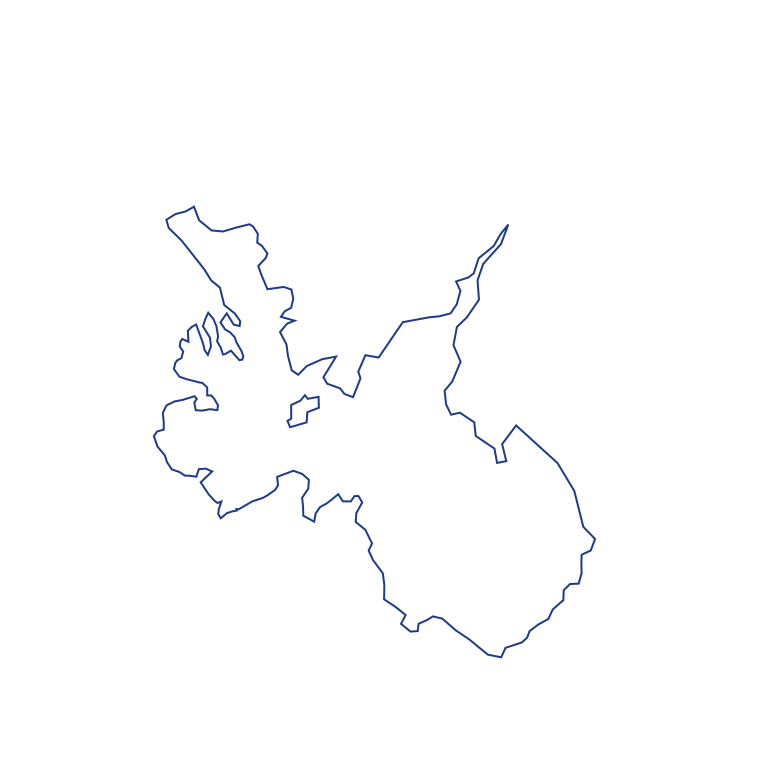 outline of Kattakurgan, Samarkand, Uzbekistan, rotated 123°
{"feature_id": "79887680B42303592957509", "entity_name": "Kattakurgan", "entity_type": "district", "adm_level": 2, "iso_a3": "UZB", "parent_name": "Uzbekistan", "parent_adm1": "Samarkand", "projection": "orthographic", "projection_center": [66.271, 39.924], "detail": "fine", "context": "isolated", "style": "outline", "palette": "blue", "viewbox_px": 768, "rotation_deg": 123, "n_neighbors": 0, "source": "geoboundaries", "source_scale": "gbopen_adm2", "svg_char_len": 3251}
<svg xmlns="http://www.w3.org/2000/svg" viewBox="0 0 768 768"><g transform="rotate(123 384 384)"><path d="M571.2,515.5L569.2,507.7L569.3,501.0L567.1,497.6L564.0,490.9L556.3,492.9L552.0,487.3L551.0,480.5L566.3,484.2L572.0,471.0L574.3,462.1L574.4,458.7L571.1,456.4L578.8,454.4L583.3,452.2L585.5,447.8L577.9,445.4L573.6,442.0L570.3,438.6L569.2,439.7L568.2,437.6L554.0,430.4L545.4,423.5L541.0,421.2L532.3,417.7L526.8,417.6L520.1,423.0L516.9,420.7L506.1,412.7L504.0,403.7L505.3,394.8L513.0,390.5L524.0,390.7L530.7,385.3L538.4,379.9L537.5,367.6L529.8,370.8L522.1,370.6L515.6,367.1L509.1,364.8L501.4,362.4L504.8,354.6L500.6,347.9L494.0,347.7L491.9,344.3L495.3,337.7L507.3,336.9L515.1,332.6L516.4,320.3L524.3,307.1L532.0,306.2L537.6,297.4L543.4,281.9L552.3,274.3L564.5,266.7L564.7,252.3L566.0,240.0L575.9,239.1L577.2,226.9L572.9,221.2L566.3,224.4L558.5,219.4L552.2,216.3L549.0,207.3L550.2,199.0L551.5,189.5L551.8,172.8L553.1,161.7L554.4,149.4L549.4,136.9L539.1,138.4L525.6,127.6L518.8,125.8L511.9,127.3L501.7,123.6L491.5,118.2L481.2,119.7L467.6,115.9L459.0,121.0L450.4,119.0L445.4,112.0L435.1,115.2L426.6,121.0L419.5,125.3L411.0,119.9L399.0,122.6L395.2,139.1L370.1,166.1L355.8,195.4L346.8,250.6L370.1,252.2L382.1,239.4L388.6,246.2L378.0,256.2L377.6,278.8L367.0,287.4L366.7,304.6L373.2,311.1L367.2,320.9L356.6,329.5L344.8,328.1L323.6,331.9L313.6,346.9L296.5,353.9L283.0,350.8L261.5,350.3L246.1,362.0L229.3,366.2L203.0,362.1L182.5,366.6L195.2,367.9L208.4,367.1L227.0,373.1L242.4,369.0L248.9,371.4L258.7,379.4L264.3,370.6L277.6,366.4L288.5,366.6L297.2,374.6L303.6,382.6L321.9,401.9L364.7,402.9L370.0,415.3L387.6,412.3L392.1,406.8L411.9,402.8L413.9,411.8L411.6,418.4L414.7,431.8L411.3,438.5L387.1,439.1L396.8,449.3L410.9,458.5L423.0,461.0L422.8,468.8L412.8,479.8L403.9,487.4L397.1,499.5L386.1,498.1L379.6,493.5L383.8,507.0L377.2,506.9L370.7,503.4L361.9,506.5L355.2,513.1L357.2,520.9L368.0,533.4L359.0,546.6L353.5,553.7L342.5,551.8L338.0,552.9L334.6,561.7L334.5,567.3L326.8,571.6L323.3,579.3L323.3,583.8L333.0,592.9L343.8,602.1L349.1,612.2L347.4,628.2L338.8,639.9L347.5,644.5L355.0,651.4L364.8,656.0L370.4,649.5L374.0,631.7L385.6,597.4L391.3,585.2L392.5,574.1L404.8,561.0L406.1,547.6L408.3,542.0L409.6,538.8L414.0,536.7L416.1,542.3L410.4,554.4L421.4,554.7L424.8,546.9L424.5,541.2L426.1,534.7L429.5,530.3L434.0,521.5L437.4,517.1L440.7,516.1L442.8,518.3L439.4,530.5L445.5,533.6L447.0,535.2L445.4,537.0L442.5,540.6L439.1,547.2L434.4,549.1L426.9,555.9L422.4,562.5L420.0,570.2L426.6,569.3L434.3,567.2L440.0,555.1L446.7,549.6L455.5,547.6L453.2,553.1L448.8,557.5L436.4,574.0L440.8,576.3L446.2,577.5L455.1,571.0L456.1,577.7L459.4,577.8L463.8,575.7L466.1,570.1L472.7,568.0L477.1,570.4L480.4,570.4L485.9,568.3L489.3,559.5L487.3,551.6L483.1,539.3L482.0,537.0L483.2,530.4L489.9,526.0L487.7,522.7L488.9,518.2L490.1,516.0L492.3,511.6L496.7,509.5L499.9,516.2L505.3,521.9L508.5,527.6L502.9,533.0L498.5,532.9L497.4,536.2L507.1,544.3L512.5,550.0L520.1,554.6L522.3,554.6L528.9,553.7L535.6,548.2L542.2,543.9L547.6,548.5L553.1,548.6L559.9,539.8L563.3,528.8L567.8,523.3L571.2,515.5ZM439.4,425.7L449.4,432.9L458.3,428.0L471.4,439.2L467.5,444.9L463.7,442.9L452.2,450.4L443.5,445.0L436.5,444.2L437.9,439.8L430.4,431.9L439.4,425.7Z" fill="none" stroke="#1e3a8a" stroke-width="2"/></g></svg>